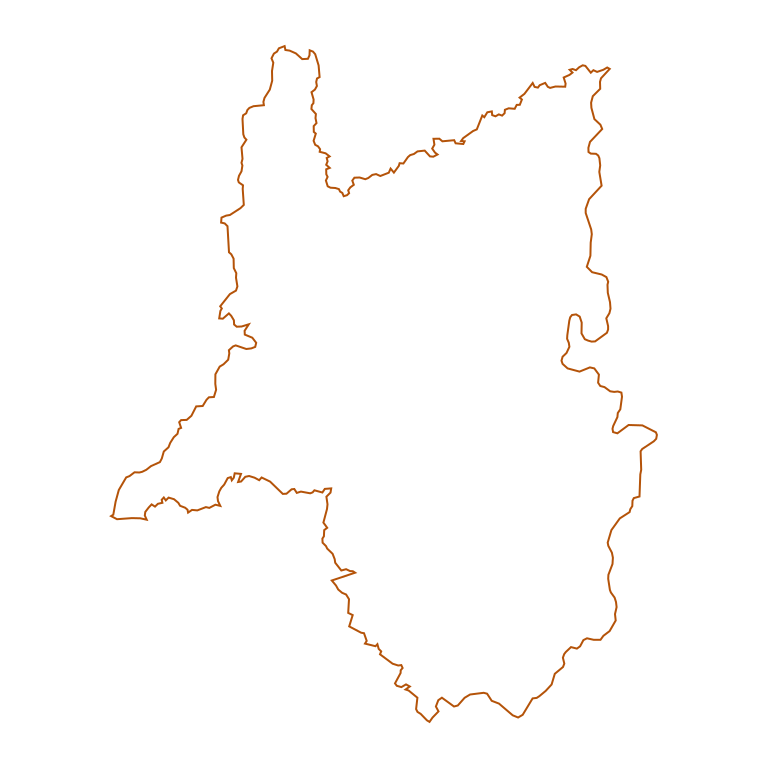 Minaçu, Goiás, Brazil
{"feature_id": "56859067B20779755358957", "entity_name": "Minaçu", "entity_type": "district", "adm_level": 2, "iso_a3": "BRA", "parent_name": "Brazil", "parent_adm1": "Goiás", "projection": "albers", "projection_center": [-48.381, -13.496], "detail": "fine", "context": "isolated", "style": "outline", "palette": "amber", "viewbox_px": 768, "rotation_deg": 0, "n_neighbors": 0, "source": "geoboundaries", "source_scale": "gbopen_adm2", "svg_char_len": 6068}
<svg xmlns="http://www.w3.org/2000/svg" viewBox="0 0 768 768"><path d="M221.5,217.6L221.1,222.6L224.7,223.4L227.5,226.2L229.0,252.3L231.3,254.3L233.6,258.7L233.8,268.1L236.3,273.2L236.0,277.7L237.4,286.4L236.0,290.6L229.9,294.1L220.2,306.3L221.8,308.5L220.4,310.9L219.2,318.4L222.8,318.7L228.9,313.4L231.2,315.8L233.9,320.3L234.1,324.5L236.7,326.7L241.6,326.5L248.8,324.3L244.6,330.8L244.8,334.6L252.3,337.7L256.2,342.8L255.2,346.9L251.3,348.4L246.3,349.0L235.7,345.4L233.1,346.4L228.9,350.2L229.3,353.4L228.2,359.7L223.5,364.3L219.7,366.6L215.4,374.3L215.3,383.9L216.1,389.8L213.9,397.0L208.9,397.3L206.5,399.8L202.7,406.0L196.2,406.4L191.4,415.8L186.7,419.9L181.1,420.1L179.2,422.2L181.1,427.9L178.6,428.9L177.5,433.8L173.8,437.2L170.2,442.9L168.5,447.3L163.8,451.5L161.8,458.5L159.9,462.1L151.0,466.1L146.3,469.8L142.2,471.8L139.4,472.5L134.5,472.3L129.5,476.1L126.2,477.4L118.8,490.0L115.6,501.7L113.3,514.7L111.1,516.1L117.0,519.2L131.9,518.1L140.3,518.3L146.7,519.7L144.8,515.5L145.3,511.9L148.7,507.5L151.6,504.4L155.0,506.6L157.9,503.8L162.4,502.8L161.7,499.8L163.8,497.5L165.8,500.4L168.6,497.6L174.0,499.2L178.3,502.8L180.1,505.8L185.1,507.7L187.5,509.7L188.1,512.6L192.0,509.9L197.3,510.4L205.9,507.1L209.3,507.9L215.4,504.7L220.3,505.9L218.0,501.1L217.5,497.1L219.3,491.4L221.3,487.8L224.2,484.6L227.7,478.1L230.8,477.1L231.8,480.3L233.8,477.7L234.7,473.3L241.0,473.9L238.1,482.0L241.1,481.5L245.3,476.8L249.1,476.0L254.6,477.7L259.2,480.2L261.6,477.5L270.1,481.6L282.8,493.9L286.5,493.7L291.6,489.3L294.3,489.0L296.8,492.9L300.9,491.6L310.2,493.3L312.6,492.4L314.4,490.3L322.4,492.5L324.8,488.9L331.2,488.4L330.5,492.6L326.4,496.7L327.5,504.3L327.0,509.0L323.4,522.6L327.2,527.8L324.2,530.1L323.9,536.3L322.4,538.6L322.6,542.7L326.0,546.1L327.2,548.6L332.6,553.8L334.7,559.2L335.2,562.7L341.3,570.5L346.1,569.2L350.1,571.1L352.8,571.2L355.1,572.7L331.8,580.5L336.0,585.5L338.2,589.5L342.1,592.8L346.1,594.5L349.0,599.2L348.2,612.9L352.7,615.1L349.2,626.4L361.1,632.7L364.0,633.2L366.7,640.9L365.0,643.6L375.5,646.2L377.4,644.2L378.7,648.9L381.2,651.4L380.0,654.3L392.6,663.7L398.2,665.5L401.3,665.1L402.6,668.0L400.7,670.3L400.6,673.0L395.0,683.4L396.8,685.8L401.4,687.1L406.0,684.4L409.8,686.5L405.6,689.5L408.6,690.5L417.4,697.7L416.1,709.1L417.5,711.9L420.7,713.9L426.9,720.3L429.5,721.9L432.5,717.6L438.5,711.4L435.9,706.5L438.3,700.2L441.9,697.7L454.0,706.5L457.8,705.5L464.6,697.8L470.1,694.5L483.7,692.8L487.1,693.7L491.7,700.8L499.0,703.6L512.7,715.3L518.1,717.5L522.7,714.8L532.6,698.4L536.7,697.9L539.3,696.2L545.7,690.9L551.6,684.5L554.8,673.8L563.0,667.0L564.3,663.6L562.9,657.7L564.2,654.1L565.8,652.0L571.0,647.1L576.9,648.6L580.1,646.3L583.4,640.1L587.0,638.3L593.7,639.8L600.5,639.8L603.4,635.8L609.6,631.1L615.7,620.5L615.0,614.1L616.6,607.1L616.0,602.0L614.6,597.6L610.9,592.5L609.9,589.9L608.2,578.8L608.4,574.8L612.5,564.0L612.9,557.7L611.9,552.7L608.3,545.8L607.7,542.6L611.4,530.1L619.8,518.4L629.6,512.1L630.3,509.2L632.3,506.1L632.5,500.7L633.8,498.1L639.5,496.5L640.3,474.4L641.2,469.8L640.6,451.3L642.2,449.0L653.8,441.3L656.2,438.8L656.9,434.9L655.9,432.3L642.4,425.4L628.6,425.0L617.4,433.3L613.1,432.1L612.5,428.8L613.2,426.0L617.4,417.1L617.8,413.0L620.3,409.3L622.0,396.7L621.4,392.6L617.8,391.5L614.2,391.9L610.2,391.3L604.5,387.1L600.3,386.0L598.1,382.7L598.9,374.6L594.3,368.4L589.9,367.4L579.5,371.6L567.6,368.4L562.6,363.9L561.5,360.7L562.6,356.7L566.5,353.0L569.4,346.8L568.8,342.8L567.1,338.8L567.3,335.3L569.3,320.7L570.2,317.3L572.0,315.0L576.1,314.4L579.7,316.6L581.7,322.6L581.5,333.4L584.8,339.2L588.1,340.6L591.6,341.6L595.1,341.4L606.9,332.8L608.1,329.5L608.1,326.1L606.3,318.3L609.4,313.2L610.5,308.7L610.0,302.2L607.8,292.8L607.5,284.7L608.2,281.8L606.4,277.1L601.7,274.5L592.1,272.2L586.8,266.8L590.4,255.8L590.7,242.6L591.8,234.2L591.2,229.5L585.7,213.0L585.7,208.8L589.1,199.2L601.6,185.7L599.3,171.9L600.2,165.4L599.4,158.2L598.2,155.5L596.0,153.8L590.8,153.6L588.5,152.0L588.4,147.8L590.0,141.9L602.2,129.0L600.4,124.7L594.4,119.1L591.4,107.8L591.1,102.7L592.8,96.2L600.2,88.8L600.0,81.9L601.0,78.3L609.7,68.9L607.2,67.5L603.3,69.8L597.1,71.9L593.4,70.2L590.8,72.7L585.4,65.9L582.7,65.3L579.1,67.3L576.0,70.2L572.6,69.0L569.7,69.8L572.5,72.6L569.5,74.9L563.7,77.5L565.6,83.6L565.2,86.7L555.5,86.5L550.1,87.9L547.8,86.8L545.2,82.9L539.7,85.2L537.9,87.6L534.6,86.9L532.7,83.0L524.4,93.9L519.6,97.6L521.9,99.5L519.8,104.8L516.7,104.9L514.7,108.8L508.7,108.3L504.9,109.8L504.6,113.2L502.1,115.6L498.8,114.4L495.5,116.3L492.2,115.1L491.8,111.4L487.3,112.3L484.3,117.2L482.3,115.5L476.8,129.4L473.1,131.0L463.2,138.1L461.1,141.0L464.6,141.3L463.3,144.0L455.6,143.3L454.2,140.2L442.4,141.3L439.3,138.7L433.5,138.8L434.4,144.7L432.2,148.6L435.0,152.6L437.5,154.5L433.3,156.7L430.0,156.4L424.7,150.6L417.5,151.4L413.9,154.0L410.2,155.1L407.9,157.1L403.4,163.5L399.6,163.2L398.8,165.9L393.9,172.6L390.6,168.6L388.8,172.7L380.3,176.0L376.1,174.1L372.3,174.9L368.3,178.0L365.3,179.2L359.6,177.5L354.4,177.7L352.3,180.6L353.8,184.8L350.3,187.4L348.2,190.3L349.1,193.2L347.0,195.2L343.7,196.2L342.3,192.9L340.1,191.6L338.9,189.1L335.3,188.0L330.5,187.7L327.7,186.3L325.9,180.5L327.6,176.9L326.3,174.3L326.2,169.3L329.7,167.9L326.2,164.8L327.6,161.3L326.7,158.0L329.6,156.4L325.6,153.3L319.7,151.8L320.1,149.2L318.0,146.3L315.2,144.8L313.6,140.8L315.8,133.6L313.8,131.9L313.7,126.1L316.5,123.1L315.5,118.1L315.9,114.0L311.4,109.0L311.8,105.2L313.4,103.2L313.6,99.5L311.5,92.2L314.9,89.6L316.9,86.0L316.2,82.0L317.0,78.5L319.6,77.1L318.6,65.4L315.2,54.2L313.0,51.6L309.7,50.3L309.5,55.3L307.9,58.8L302.2,59.1L295.9,53.4L289.6,50.6L285.4,50.0L284.6,46.1L278.9,48.3L277.0,51.6L273.9,53.6L271.5,58.3L273.3,62.7L272.0,71.0L272.2,80.7L269.8,89.6L264.5,97.9L263.4,101.9L263.9,105.2L253.5,106.2L249.4,107.9L247.4,110.0L246.2,113.3L243.1,115.3L242.5,118.9L243.3,134.3L244.4,137.5L246.4,139.7L241.5,147.3L242.5,158.9L241.5,162.8L242.4,165.5L241.5,171.3L239.0,175.8L238.0,179.9L238.8,182.4L243.0,185.3L242.7,188.9L243.8,204.9L240.4,208.2L229.9,215.0L226.2,215.6L221.5,217.6Z" fill="none" stroke="#b45309" stroke-width="2"/></svg>